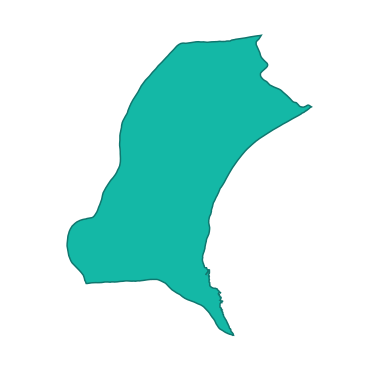 outline of Al Ghaydhah, Al Mahrah, Yemen, rotated 350°
{"feature_id": "15242507B66245697923351", "entity_name": "Al Ghaydhah", "entity_type": "district", "adm_level": 2, "iso_a3": "YEM", "parent_name": "Yemen", "parent_adm1": "Al Mahrah", "projection": "orthographic", "projection_center": [52.126, 16.264], "detail": "fine", "context": "isolated", "style": "filled", "palette": "teal", "viewbox_px": 384, "rotation_deg": 350, "n_neighbors": 0, "source": "geoboundaries", "source_scale": "gbopen_adm2", "svg_char_len": 5983}
<svg xmlns="http://www.w3.org/2000/svg" viewBox="0 0 384 384"><g transform="rotate(350 192 192)"><path d="M135.4,111.5L134.7,113.1L134.1,114.7L133.8,116.1L132.6,119.0L132.0,120.6L131.6,121.5L130.8,123.9L130.0,128.5L129.2,131.5L128.8,133.7L128.7,136.1L128.6,137.7L128.3,140.1L128.0,141.7L127.4,146.4L126.8,149.4L126.3,151.1L125.3,153.7L124.9,154.3L124.1,155.6L122.6,157.5L121.3,159.5L119.7,161.4L117.0,164.0L114.1,166.3L111.3,169.2L107.8,173.0L104.4,177.3L103.4,179.4L101.8,183.5L99.1,188.3L97.5,190.7L96.0,193.4L94.8,195.2L92.8,197.4L91.6,198.6L90.3,199.5L88.9,199.9L83.8,199.9L83.1,200.1L79.9,200.1L76.9,200.5L74.8,201.1L73.4,201.5L71.3,202.6L68.1,204.7L65.8,207.3L64.3,209.5L62.2,213.8L60.1,221.1L59.6,223.5L59.6,233.2L60.5,237.7L60.9,239.2L61.5,240.7L61.8,241.3L67.5,249.7L69.1,252.3L69.8,253.7L70.2,254.4L70.5,255.1L70.8,256.6L71.0,258.1L71.1,260.4L71.6,261.8L71.9,263.7L72.8,263.9L77.5,264.0L82.0,264.6L82.6,264.8L86.6,265.4L88.1,265.5L90.5,265.5L93.5,266.0L95.8,266.6L97.3,266.6L98.6,266.8L100.0,267.2L103.0,267.5L106.0,267.6L108.4,267.9L110.9,268.0L112.4,268.2L117.0,269.3L119.3,269.6L120.7,270.0L123.6,270.1L124.5,270.4L127.0,270.5L128.4,270.6L133.0,270.7L136.0,270.9L141.9,271.9L143.3,272.4L146.1,274.2L149.8,277.0L150.8,278.2L152.8,281.3L155.2,284.7L159.4,288.7L162.4,291.0L164.4,293.4L166.6,295.5L169.1,297.3L175.0,300.7L178.4,303.1L181.0,304.7L182.7,306.2L183.7,307.3L184.5,308.5L187.1,312.4L188.5,314.9L188.6,315.5L190.0,318.6L191.4,321.1L192.2,323.2L192.9,326.0L194.7,330.2L195.5,331.5L196.6,332.5L198.3,333.9L199.8,335.4L201.4,336.7L202.0,337.0L202.6,337.5L204.6,338.7L205.9,339.2L207.3,340.2L207.5,340.0L208.0,340.2L207.9,338.9L207.1,337.2L206.3,336.2L206.2,335.7L206.3,334.6L206.2,333.8L205.9,333.3L205.5,333.1L205.2,332.2L205.2,331.5L205.1,330.8L204.7,329.4L204.4,328.0L204.1,327.8L204.2,327.4L203.7,325.6L203.5,324.7L203.1,323.6L202.6,322.8L202.6,322.3L201.6,319.9L201.6,318.1L201.3,317.9L201.2,317.6L201.4,316.1L201.4,315.8L201.0,315.6L201.0,314.6L200.4,313.7L200.4,313.3L201.1,313.2L200.8,312.8L200.6,312.4L200.7,312.0L200.5,311.4L200.3,311.0L200.1,311.1L199.8,310.8L199.6,310.3L199.6,309.7L199.9,308.8L199.9,308.1L200.3,306.7L200.9,306.1L201.4,306.1L201.2,305.9L201.4,305.5L201.8,305.6L202.0,305.4L202.6,305.4L203.1,305.1L203.1,304.7L202.4,304.6L202.2,304.7L201.8,304.7L201.6,304.5L201.4,303.9L201.0,303.6L201.4,303.5L201.2,303.1L201.6,302.1L201.9,302.0L202.0,301.8L202.3,301.1L202.3,300.8L202.2,300.6L201.7,300.5L201.5,300.4L201.5,299.7L201.4,299.4L201.2,299.2L201.1,298.5L200.8,298.4L200.8,298.0L200.9,297.8L200.6,297.7L200.2,296.9L200.5,296.4L200.7,296.1L201.2,296.0L201.4,296.1L201.7,295.9L201.9,296.1L201.5,296.5L201.9,296.2L202.4,296.4L202.5,296.3L203.0,296.7L202.7,296.3L202.5,295.9L202.2,295.8L202.0,295.4L201.5,295.1L201.3,294.2L200.7,293.6L200.7,293.4L200.1,292.7L199.9,291.8L198.1,290.8L197.1,290.7L196.3,290.4L194.5,289.2L193.9,288.2L193.3,287.6L193.2,287.1L193.4,286.8L193.3,286.4L193.5,286.2L193.5,285.2L193.6,284.8L193.7,284.4L193.5,283.9L193.2,283.7L193.3,283.0L193.5,282.0L193.8,281.7L193.9,281.4L193.7,281.1L193.8,280.7L193.8,280.0L193.8,279.6L194.0,279.1L194.1,278.5L193.8,278.4L193.8,278.2L194.4,278.0L194.4,277.7L194.0,277.4L193.8,277.0L194.1,276.8L194.0,276.3L194.2,275.9L194.5,275.4L194.9,275.2L195.0,275.0L195.0,274.3L195.3,274.0L195.2,273.5L195.4,273.1L195.2,272.9L195.4,272.5L195.3,272.4L195.0,272.3L193.9,272.6L193.5,273.7L192.0,275.1L191.9,275.1L191.5,275.6L191.4,275.5L191.8,275.0L193.4,273.6L193.9,272.5L194.6,272.2L195.5,272.1L195.6,271.9L195.4,271.6L194.1,271.4L193.9,271.2L193.2,270.2L193.2,269.3L193.1,269.1L192.4,269.1L191.7,268.7L191.3,268.2L191.1,267.6L191.2,266.7L191.0,266.4L191.0,266.1L190.8,265.4L190.9,265.2L190.7,264.2L190.5,263.8L190.6,263.1L190.4,262.3L190.3,261.6L190.5,261.0L190.5,260.2L191.2,258.3L191.2,257.3L192.0,255.3L192.4,254.7L192.5,254.3L192.6,254.2L193.7,252.4L193.7,252.1L194.1,251.5L195.1,249.3L195.0,249.0L195.2,248.5L195.3,248.0L195.6,247.6L196.3,245.6L197.5,243.0L197.6,242.5L198.4,240.5L199.4,239.2L199.5,238.8L199.9,238.4L201.2,236.4L201.7,235.3L201.9,234.7L202.3,233.7L202.6,232.6L202.9,231.6L203.2,230.0L203.1,225.8L203.1,224.7L203.3,224.4L203.5,223.0L204.5,220.4L205.1,219.1L206.6,217.1L207.8,214.3L207.9,213.3L209.9,209.4L210.3,208.1L210.7,207.5L211.0,206.6L212.7,204.5L215.1,201.0L216.1,199.9L216.6,199.1L218.0,197.2L220.4,193.3L221.6,192.3L223.4,190.4L225.5,188.0L228.2,184.5L231.6,180.3L236.0,175.2L242.3,168.9L247.2,164.5L251.4,161.0L254.0,159.1L259.0,155.9L263.5,153.2L267.9,151.0L275.0,148.0L282.7,144.8L290.0,142.2L293.3,140.9L298.2,139.3L303.9,137.2L310.0,135.2L313.0,134.1L313.7,133.6L314.6,133.3L316.0,133.0L318.5,131.7L318.7,131.8L321.9,130.1L322.5,129.6L323.5,129.2L324.4,128.9L322.2,126.9L321.5,126.6L320.8,126.6L318.7,127.4L316.6,127.8L315.2,127.5L313.9,126.9L313.2,126.5L312.6,125.9L311.9,124.6L310.4,122.4L309.9,122.0L308.5,121.5L307.3,120.8L306.3,119.5L305.0,117.4L302.3,113.6L298.9,109.4L297.6,107.6L296.6,106.6L295.3,105.6L290.7,102.7L287.1,100.0L285.0,96.7L284.5,96.1L282.9,94.8L281.9,93.8L281.4,93.2L280.2,91.2L279.7,89.9L279.7,88.9L279.9,87.5L280.4,86.6L282.1,85.3L286.8,82.4L287.9,81.4L288.3,80.8L288.6,79.9L288.5,79.0L288.3,78.3L285.8,74.9L284.2,72.4L283.5,70.9L283.2,69.5L283.0,67.0L282.7,65.5L281.3,60.0L280.9,58.5L280.8,57.8L281.1,56.1L281.3,55.4L282.3,54.4L284.3,53.1L286.0,51.3L287.4,49.7L285.1,49.7L284.4,49.6L281.8,49.5L276.2,49.4L271.2,49.5L261.5,49.2L260.6,49.3L257.5,49.3L256.3,49.7L255.4,49.9L254.7,49.8L253.9,49.6L252.3,49.4L250.8,49.5L247.5,49.0L245.3,48.4L243.0,48.3L237.1,47.5L233.9,47.3L232.9,47.2L229.6,46.2L226.8,45.8L224.4,45.1L221.8,44.8L216.3,44.7L211.7,44.5L209.5,43.9L208.6,43.8L206.9,43.8L204.9,44.4L203.4,45.1L202.2,45.8L198.0,49.1L194.2,51.8L191.9,53.7L189.8,55.2L184.8,59.0L180.7,61.8L177.8,64.4L173.7,67.4L170.2,70.5L165.5,73.9L161.4,77.8L160.7,78.4L156.0,84.4L149.8,91.1L146.8,94.9L146.5,95.6L146.0,96.1L143.1,100.7L142.2,102.7L141.2,104.0L139.3,106.2L136.4,109.9L135.4,111.5Z" fill="#14b8a6" stroke="#0f766e" stroke-width="1.5"/></g></svg>